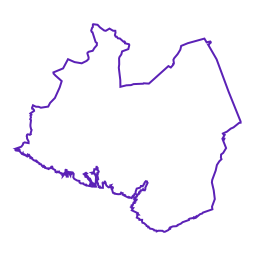 Sokndal nor, Rogaland, Norway
{"feature_id": "86288312B30341713179901", "entity_name": "Sokndal nor", "entity_type": "district", "adm_level": 2, "iso_a3": "NOR", "parent_name": "Norway", "parent_adm1": "Rogaland", "projection": "orthographic", "projection_center": [6.294, 58.377], "detail": "fine", "context": "isolated", "style": "outline", "palette": "violet", "viewbox_px": 256, "rotation_deg": 0, "n_neighbors": 0, "source": "geoboundaries", "source_scale": "gbopen_adm2", "svg_char_len": 5784}
<svg xmlns="http://www.w3.org/2000/svg" viewBox="0 0 256 256"><path d="M15.8,148.6L17.5,149.1L16.3,149.5L16.8,149.9L15.5,149.6L15.4,150.0L15.9,150.5L17.6,150.7L17.4,150.1L18.8,149.8L18.7,150.5L19.4,151.1L19.7,150.8L19.8,151.4L22.0,154.0L22.5,154.0L22.9,153.3L23.2,154.5L24.0,154.8L23.8,154.1L26.1,155.3L26.0,155.7L26.8,156.2L27.3,155.7L26.7,155.4L27.6,155.4L27.8,154.5L28.8,155.0L28.7,155.5L29.2,155.1L29.7,156.0L29.3,156.3L30.4,157.2L30.4,157.8L31.2,157.5L31.4,158.3L32.1,158.2L32.1,158.8L33.7,160.2L35.6,161.0L35.6,160.5L36.2,160.5L37.0,161.3L36.5,161.5L36.6,161.8L39.5,163.3L39.5,164.1L41.1,164.3L42.0,165.9L43.8,165.7L44.0,166.0L43.6,166.9L44.4,166.8L44.7,167.5L45.2,167.3L45.3,167.9L48.2,168.8L48.2,168.3L48.7,168.3L48.8,168.8L50.3,168.1L51.4,166.7L52.2,166.7L52.4,167.2L51.7,167.6L51.7,168.1L55.2,170.1L55.6,172.0L57.2,171.7L57.2,172.2L58.0,171.9L58.2,171.1L58.2,171.9L59.0,171.6L59.3,172.6L60.7,172.9L61.2,173.8L61.8,173.9L61.8,173.4L62.9,173.8L62.6,174.7L63.1,174.6L62.9,176.0L64.3,174.3L64.4,173.5L65.0,173.5L64.8,172.7L65.6,171.9L65.5,170.0L65.7,169.8L66.6,170.0L66.7,171.0L65.9,171.0L65.4,174.3L65.8,174.9L66.6,175.0L66.7,176.6L67.8,176.6L67.7,174.2L66.9,174.2L67.0,171.5L68.9,172.0L68.7,173.1L70.0,172.5L69.7,174.1L70.4,175.4L70.5,174.6L71.5,174.0L71.3,172.4L72.1,172.4L72.2,173.5L73.0,172.9L73.7,173.9L73.3,177.4L74.3,178.9L77.3,180.6L79.4,180.9L79.5,182.5L80.8,183.4L83.3,183.4L83.5,184.1L85.7,185.2L85.7,184.7L86.0,184.7L86.0,185.2L89.2,186.0L90.0,186.1L90.0,185.3L91.4,186.5L92.5,186.6L92.6,184.4L91.3,183.9L91.5,183.1L90.7,183.1L90.2,181.1L87.9,178.7L87.6,177.4L85.4,176.8L85.1,175.3L83.8,174.1L86.0,172.8L86.9,173.5L85.4,174.4L86.3,175.2L85.8,175.2L86.2,175.8L87.9,176.6L88.3,177.8L90.0,178.6L91.2,181.2L90.9,181.9L91.5,182.0L91.5,182.6L93.9,183.6L93.4,183.8L93.8,184.6L93.7,185.4L92.7,185.7L92.8,186.3L93.2,186.4L93.5,185.7L94.6,186.7L95.1,186.7L95.1,186.2L95.9,186.4L95.4,184.8L95.7,184.3L96.0,176.8L94.6,173.5L92.4,173.6L92.6,173.1L91.7,172.7L93.8,172.2L94.3,169.2L96.0,169.5L96.7,166.0L96.9,168.1L97.6,168.1L97.6,169.8L98.7,171.4L98.4,172.4L97.5,172.7L97.8,173.9L96.3,174.4L97.4,175.4L98.2,179.3L97.0,180.2L97.3,182.3L98.0,183.5L98.1,185.1L98.6,185.6L98.8,186.9L99.9,186.7L99.9,187.7L102.9,187.8L102.9,184.9L102.6,183.3L103.2,183.3L103.2,182.7L104.6,183.2L104.8,181.6L105.0,181.6L105.7,182.9L105.8,184.0L106.4,185.5L108.5,187.3L110.3,186.9L110.5,187.3L110.8,187.1L110.5,186.8L110.7,186.2L110.3,185.4L111.0,185.2L110.8,185.5L111.7,188.2L111.4,186.6L112.9,187.4L112.9,187.9L112.1,188.2L111.9,189.0L112.3,189.0L112.2,190.1L113.0,192.8L114.6,193.2L114.6,193.7L118.1,194.2L120.2,194.1L121.1,192.7L122.1,193.7L122.1,193.1L122.6,193.1L122.7,194.7L124.3,194.9L124.3,195.4L125.1,195.4L125.1,196.0L128.4,197.6L129.2,197.7L129.2,197.1L131.7,198.1L132.3,196.7L133.4,196.7L133.2,195.6L134.4,195.0L134.4,194.2L135.5,193.4L135.7,191.5L136.7,188.6L139.9,187.7L140.4,187.4L140.9,186.0L142.8,186.0L143.6,184.9L143.7,184.2L144.5,183.7L144.6,182.5L146.4,180.6L146.0,181.1L147.0,181.5L146.9,182.1L147.6,182.9L145.3,187.7L145.4,189.0L144.8,190.3L143.6,190.2L143.1,189.3L142.8,190.1L140.7,190.3L140.6,191.5L139.6,191.6L139.0,192.4L139.0,193.5L139.2,192.9L139.5,193.2L138.7,194.2L136.6,194.5L137.3,195.6L136.6,196.8L134.2,197.7L134.2,198.9L134.7,198.6L136.7,199.5L136.3,200.4L135.0,200.4L134.9,201.5L135.1,201.9L134.1,202.2L134.4,203.0L133.4,203.0L132.9,204.7L131.9,205.2L132.2,205.6L131.7,205.8L131.9,206.4L131.1,207.0L131.6,207.3L131.5,207.7L131.8,208.0L133.2,208.1L131.8,210.3L137.7,213.1L137.5,213.4L137.9,213.4L138.0,214.1L138.6,214.7L137.3,214.9L137.2,216.5L136.8,217.6L139.3,218.8L139.4,219.9L142.1,219.9L142.0,221.1L142.4,222.7L144.1,223.2L146.4,225.2L146.6,226.0L148.2,226.5L148.2,227.3L149.0,227.3L150.1,228.7L152.0,228.9L153.9,229.7L154.2,230.4L156.4,230.6L156.6,231.4L158.5,230.7L162.5,230.8L163.7,231.7L164.8,231.8L168.5,230.0L169.0,229.1L169.8,229.0L169.7,228.2L170.3,228.2L170.2,227.4L172.9,226.4L176.3,226.2L177.6,225.5L177.6,225.0L180.8,223.7L182.6,222.2L188.9,220.0L188.8,219.2L189.8,218.6L193.6,217.9L194.1,216.5L194.2,217.8L195.1,217.2L194.7,218.1L195.8,217.8L200.0,214.2L202.2,213.5L202.9,212.6L212.4,209.3L212.0,206.7L214.8,199.1L213.7,190.2L211.9,182.5L212.2,180.0L215.7,170.5L216.9,165.0L219.3,161.3L221.5,159.2L220.9,157.7L221.1,154.5L223.2,152.9L226.1,148.1L222.7,139.5L224.1,139.5L224.4,138.6L222.8,138.1L224.6,135.0L223.7,134.8L222.9,133.5L226.9,131.7L230.8,128.6L233.5,127.4L239.1,122.9L240.6,122.7L240.6,121.5L228.6,91.7L216.6,59.3L208.1,44.6L209.0,44.5L209.1,44.0L210.6,42.8L210.8,42.2L210.2,41.5L206.6,42.3L204.4,38.6L187.8,43.2L181.2,45.9L180.3,49.7L177.7,54.0L174.2,58.2L173.4,59.8L173.9,63.2L173.5,64.2L173.1,64.1L172.8,65.3L170.8,67.5L168.4,66.1L148.9,83.6L143.7,83.3L143.2,83.7L133.6,84.1L131.0,85.1L126.5,85.3L120.4,86.8L120.3,80.1L118.8,67.7L119.2,64.4L119.1,58.3L119.5,57.0L121.3,54.5L122.1,51.4L128.3,49.1L129.3,45.0L128.9,44.2L125.0,43.3L125.1,42.3L124.5,41.5L123.6,41.8L119.9,38.5L117.9,38.3L116.7,36.7L115.7,36.7L114.9,35.1L115.5,32.6L115.3,30.8L113.0,30.7L109.5,28.6L105.8,30.8L104.2,30.5L100.0,27.4L97.6,24.8L93.2,24.2L92.9,24.5L92.8,27.1L92.1,27.8L91.2,30.6L91.8,32.0L92.5,32.3L95.6,42.0L96.9,43.0L96.8,45.3L94.5,47.9L92.7,50.8L88.9,51.7L87.6,52.6L87.4,53.5L88.6,57.3L88.5,59.1L86.6,60.9L81.7,63.3L74.6,62.1L68.0,59.2L63.1,68.4L53.4,72.4L53.6,73.6L55.6,75.7L61.7,81.1L59.7,87.4L54.9,98.0L50.1,102.9L48.2,106.6L40.9,107.7L38.7,106.8L35.9,106.7L33.0,105.3L32.0,107.9L32.2,108.6L32.7,108.5L34.0,110.1L34.1,110.9L30.3,113.5L31.4,114.8L30.5,115.6L31.0,117.4L30.2,119.2L31.0,120.1L30.4,125.0L30.5,126.7L31.1,129.2L31.6,129.9L30.6,133.3L30.9,134.1L29.9,134.8L27.8,134.3L27.1,134.7L26.7,136.2L27.0,136.9L27.1,138.6L28.6,141.4L28.6,143.1L24.6,142.4L23.2,143.2L22.9,144.6L21.3,146.7L15.8,148.6Z" fill="none" stroke="#5b21b6" stroke-width="2"/></svg>